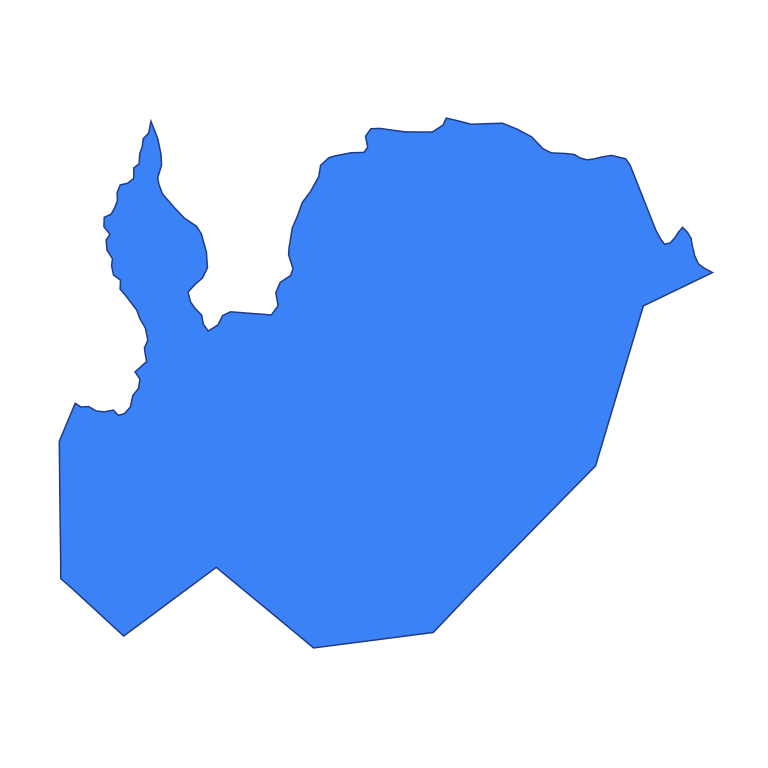 the district of Piancó, Paraíba, Brazil, rotated 4°
{"feature_id": "56859067B93883215672423", "entity_name": "Piancó", "entity_type": "district", "adm_level": 2, "iso_a3": "BRA", "parent_name": "Brazil", "parent_adm1": "Paraíba", "projection": "robinson", "projection_center": [-37.978, -7.2], "detail": "fine", "context": "isolated", "style": "filled", "palette": "blue", "viewbox_px": 768, "rotation_deg": 4, "n_neighbors": 0, "source": "geoboundaries", "source_scale": "gbopen_adm2", "svg_char_len": 1906}
<svg xmlns="http://www.w3.org/2000/svg" viewBox="0 0 768 768"><g transform="rotate(4 384 384)"><path d="M64.1,463.8L68.2,515.6L73.9,584.1L75.1,600.7L86.9,609.6L141.9,653.6L229.4,578.6L316.5,640.9L332.1,652.2L345.1,649.6L450.5,628.4L485.0,586.6L552.3,507.6L600.8,450.8L618.6,371.2L637.3,288.0L703.9,249.9L695.7,246.3L689.3,242.3L685.0,234.4L682.0,225.0L680.2,217.4L676.0,211.4L670.9,206.9L667.2,212.0L664.2,217.4L659.8,223.2L654.1,225.0L649.8,220.0L644.3,211.3L614.2,148.4L609.3,142.5L594.8,140.1L585.0,142.5L577.3,145.0L570.7,146.2L563.7,144.8L558.0,141.8L548.8,141.4L534.8,141.8L526.3,138.3L513.9,127.1L506.0,123.6L499.3,120.6L491.7,118.1L483.8,115.6L452.6,118.8L445.7,117.4L427.6,114.4L424.8,121.7L414.7,129.2L399.9,130.3L387.6,131.0L380.9,130.6L361.9,129.3L353.1,130.3L348.3,138.2L351.2,149.1L347.7,154.4L335.0,155.6L319.5,159.8L313.0,162.3L305.5,170.3L304.5,181.5L297.2,197.2L289.9,208.5L285.8,222.9L281.6,234.8L279.8,254.6L279.8,261.8L285.2,275.4L283.3,282.3L273.4,289.8L269.7,300.4L272.9,313.3L266.8,323.0L225.8,322.7L218.2,327.0L214.2,336.7L205.0,343.4L199.6,337.0L197.3,328.0L190.1,321.6L185.2,315.4L182.1,306.0L188.7,297.7L195.5,291.0L199.8,280.4L197.6,264.6L191.3,247.0L186.0,239.8L173.1,232.3L163.1,223.2L149.8,209.9L145.5,200.6L143.9,194.0L146.8,181.4L145.5,170.3L141.2,155.1L133.2,138.2L131.7,150.1L126.6,156.3L126.3,164.1L124.3,171.0L124.3,181.5L119.3,185.9L120.0,196.3L114.3,201.6L107.0,203.8L104.4,211.7L105.3,219.5L103.1,226.8L99.9,233.7L93.3,237.2L93.6,246.6L100.2,253.8L96.7,259.7L98.3,269.6L104.4,278.1L104.0,285.1L106.6,294.2L113.9,298.8L114.2,307.9L119.0,312.6L126.5,321.1L132.2,327.6L135.8,335.6L142.1,344.9L145.3,356.8L142.5,364.8L143.9,371.5L145.7,378.1L134.8,389.3L140.2,396.1L139.5,405.5L134.2,413.0L132.6,424.6L127.1,431.7L121.2,433.8L115.8,428.9L106.9,431.3L98.7,431.0L91.0,427.1L83.4,428.1L77.3,424.8L64.1,463.8Z" fill="#3b82f6" stroke="#1e3a8a" stroke-width="1.5"/></g></svg>